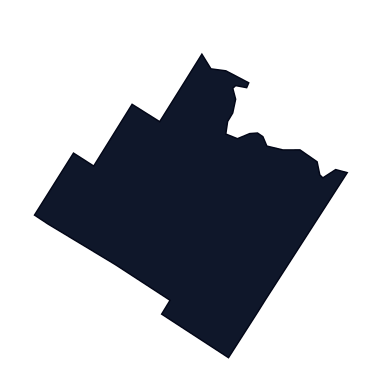 outline of Johnson, Arkansas, United States of America, rotated 211°
{"feature_id": "52423323B48862010704992", "entity_name": "Johnson", "entity_type": "district", "adm_level": 2, "iso_a3": "USA", "parent_name": "United States of America", "parent_adm1": "Arkansas", "projection": "natural_earth1", "projection_center": [-93.456, 35.548], "detail": "fine", "context": "isolated", "style": "filled", "palette": "ink", "viewbox_px": 384, "rotation_deg": 211, "n_neighbors": 0, "source": "geoboundaries", "source_scale": "gbopen_adm2", "svg_char_len": 612}
<svg xmlns="http://www.w3.org/2000/svg" viewBox="0 0 384 384"><g transform="rotate(211 192 192)"><path d="M75.4,68.8L73.9,122.0L73.6,138.1L68.9,288.5L80.4,285.2L87.1,271.5L91.3,272.5L100.3,282.3L121.1,283.7L135.9,274.8L151.5,269.9L159.7,275.9L166.2,276.3L172.6,271.8L180.5,261.1L192.9,259.1L197.8,270.8L197.8,280.7L202.4,294.0L210.5,301.9L209.4,305.7L198.9,309.6L199.6,314.8L225.4,313.3L239.2,307.3L254.5,315.2L255.0,284.2L255.9,235.6L288.5,236.3L288.6,228.2L289.6,163.6L313.6,164.3L315.1,91.1L299.0,90.4L220.6,90.3L155.0,87.9L155.1,71.7L75.4,68.8Z" fill="#0f172a" stroke="#020617" stroke-width="1.5"/></g></svg>